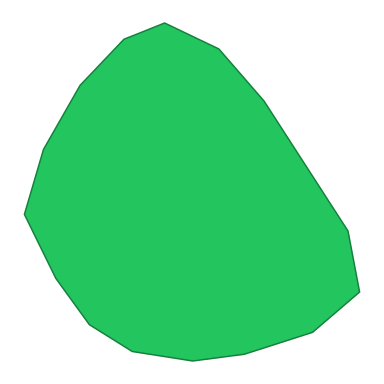 SVG path tracing the border of Mangaia
{"feature_id": "COK-4952", "entity_name": "Mangaia", "entity_type": "state/province", "adm_level": 1, "iso_a3": "COK", "parent_name": "Cook Islands", "parent_adm1": "", "projection": "equal_earth", "projection_center": [-157.932, -21.908], "detail": "fine", "context": "isolated", "style": "filled", "palette": "green", "viewbox_px": 384, "rotation_deg": 0, "n_neighbors": 0, "source": "natural_earth", "source_scale": "10m", "svg_char_len": 314}
<svg xmlns="http://www.w3.org/2000/svg" viewBox="0 0 384 384"><path d="M164.6,23.0L218.9,49.0L264.0,101.0L348.0,231.0L359.6,292.0L312.6,332.3L244.5,354.2L192.7,361.0L132.2,351.5L89.4,324.7L55.9,278.5L24.4,214.4L43.5,149.4L80.1,85.3L124.0,39.2L164.6,23.0Z" fill="#22c55e" stroke="#15803d" stroke-width="1.5"/></svg>